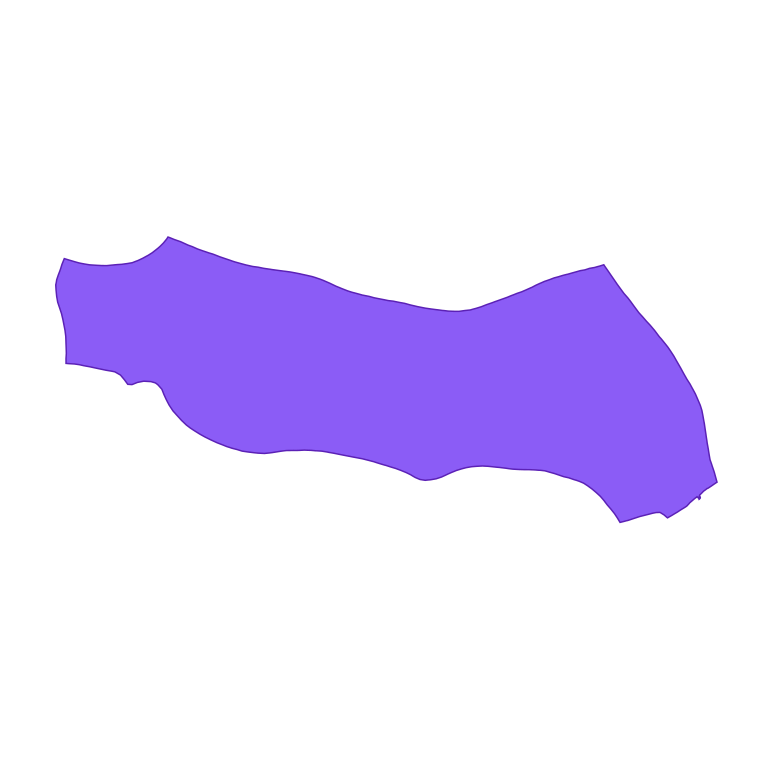 the district of Ghayl Bawazir, Hadramawt, Yemen, rotated 349°
{"feature_id": "15242507B58330676723626", "entity_name": "Ghayl Bawazir", "entity_type": "district", "adm_level": 2, "iso_a3": "YEM", "parent_name": "Yemen", "parent_adm1": "Hadramawt", "projection": "natural_earth1", "projection_center": [49.096, 14.883], "detail": "fine", "context": "isolated", "style": "filled", "palette": "violet", "viewbox_px": 768, "rotation_deg": 349, "n_neighbors": 0, "source": "geoboundaries", "source_scale": "gbopen_adm2", "svg_char_len": 6037}
<svg xmlns="http://www.w3.org/2000/svg" viewBox="0 0 768 768"><g transform="rotate(349 384 384)"><path d="M622.5,308.9L618.2,309.4L616.4,309.5L612.9,309.8L607.6,309.7L606.4,309.9L602.9,310.3L602.2,310.3L598.3,310.2L593.6,310.6L592.2,310.7L588.6,311.0L585.3,311.3L584.1,311.3L580.6,311.5L576.6,311.9L576.0,312.0L571.4,312.3L569.6,312.6L566.8,313.1L562.7,313.7L561.1,313.9L557.2,314.8L556.6,314.9L552.0,316.0L547.4,317.4L546.7,317.5L541.6,318.7L536.6,319.8L532.0,320.4L527.9,321.2L526.6,321.4L525.5,321.6L521.6,322.4L516.4,323.2L515.0,323.4L510.4,324.1L508.9,324.3L505.5,324.9L499.7,325.7L494.4,326.7L488.9,327.3L484.7,327.6L482.9,327.8L477.2,327.3L471.6,327.0L467.0,326.1L461.0,324.7L457.0,323.4L455.2,322.9L452.6,322.0L449.2,320.9L447.4,320.3L443.8,319.1L440.7,318.0L439.2,317.5L434.3,315.5L431.8,314.5L429.6,313.5L424.9,311.4L419.7,308.8L415.3,307.1L413.8,306.5L409.0,304.5L408.7,304.4L404.6,303.1L403.3,302.6L400.2,301.3L397.2,300.1L395.7,299.5L390.6,297.4L386.2,295.2L380.3,292.8L379.5,292.5L379.2,292.3L374.8,290.1L372.3,288.9L370.4,288.0L368.7,287.1L366.0,285.6L363.0,283.7L361.1,282.5L358.7,280.9L355.6,278.9L350.1,274.8L344.0,270.6L341.1,268.8L338.8,267.5L336.9,266.4L334.1,264.9L329.4,262.8L323.8,260.4L322.5,259.8L318.8,258.3L314.5,256.6L313.2,256.1L309.1,254.7L307.2,254.1L304.8,253.3L300.6,251.9L295.9,250.3L294.3,249.7L291.7,248.8L288.0,247.5L282.7,245.3L277.6,243.6L271.2,240.8L265.3,237.9L260.9,235.7L258.2,234.2L256.2,233.0L251.8,230.5L247.1,227.8L241.9,224.5L240.4,223.6L237.3,222.0L233.3,219.7L231.5,218.7L226.6,215.8L222.2,212.7L217.9,210.1L217.5,209.8L211.5,205.5L205.8,202.2L201.7,199.5L200.0,198.5L198.6,200.0L194.4,203.5L190.4,206.2L188.0,207.6L185.7,208.8L181.6,210.9L177.0,212.7L175.3,213.2L171.3,214.5L166.2,215.8L165.7,215.9L163.8,216.2L160.0,216.9L155.2,216.8L150.0,216.5L149.6,216.5L145.0,215.9L139.9,215.4L134.5,214.9L130.6,214.1L129.6,213.9L128.0,213.5L124.0,212.5L117.9,210.9L113.0,209.1L108.5,207.3L107.4,206.8L104.2,205.2L101.7,203.9L99.0,202.5L95.4,200.6L94.1,199.9L92.6,202.2L90.6,205.3L88.8,208.7L88.0,210.1L87.3,211.3L85.1,214.8L82.6,219.2L81.7,221.7L80.7,224.1L80.0,229.3L79.4,235.6L79.3,241.5L80.2,248.2L80.9,253.7L80.9,254.4L81.1,259.5L81.1,260.8L81.1,264.7L81.1,270.5L80.9,273.4L80.7,276.5L80.2,279.8L79.8,282.2L78.9,287.9L78.0,293.4L76.7,298.4L75.8,303.1L77.2,303.5L77.8,303.7L84.0,305.3L88.6,306.9L92.9,308.8L93.5,309.0L94.2,309.3L98.6,311.0L103.0,312.9L108.2,315.1L113.9,317.5L119.0,319.4L120.9,320.2L122.1,320.7L127.0,324.9L130.1,330.5L132.4,335.4L136.5,336.5L142.3,335.4L148.7,335.4L155.7,337.2L159.8,339.3L161.1,340.7L162.0,341.8L164.9,346.7L165.0,347.1L166.0,352.4L167.2,357.4L168.0,360.2L169.1,363.8L171.2,368.9L171.8,370.3L172.1,370.8L174.5,374.8L178.3,381.1L182.2,386.6L183.2,387.7L185.6,390.4L189.5,394.2L193.7,398.1L198.2,401.9L203.2,405.7L208.9,409.8L213.2,412.5L213.7,412.8L217.7,415.4L220.5,416.9L222.6,418.1L227.5,420.4L228.0,420.7L231.9,422.8L237.3,424.7L242.2,426.3L243.1,426.6L247.1,427.8L253.5,429.4L256.1,429.6L258.1,429.8L261.1,430.0L264.0,430.1L269.9,430.3L273.1,430.5L275.6,430.7L280.5,431.6L282.7,432.0L285.1,432.5L288.2,433.0L293.3,433.7L295.3,434.2L299.7,435.2L304.5,436.6L305.5,436.8L310.0,438.0L315.2,439.9L316.8,440.6L321.3,442.3L327.6,444.9L333.5,447.3L336.3,448.4L339.2,449.6L344.8,451.8L348.3,453.2L349.2,453.6L354.9,456.3L357.8,457.7L359.3,458.4L361.0,459.4L364.7,461.4L369.1,463.7L370.4,464.3L374.9,466.8L379.3,469.1L384.2,472.1L388.9,475.2L392.9,478.2L394.5,479.7L396.8,481.7L401.1,484.6L406.1,486.4L408.6,486.6L411.5,486.9L417.1,487.0L422.7,486.3L426.8,485.3L429.5,484.6L431.3,484.2L433.9,483.6L435.6,483.3L438.5,482.7L444.1,482.1L448.7,481.8L454.1,481.9L458.7,482.4L463.9,483.1L465.1,483.3L470.7,484.7L475.9,486.3L479.5,487.4L481.3,487.9L482.8,488.4L487.5,489.9L490.6,491.0L494.0,492.1L499.9,493.6L505.2,494.8L510.2,495.8L515.6,497.1L519.9,498.3L520.9,498.5L525.3,499.9L527.1,500.8L530.0,502.3L530.4,502.5L534.2,504.4L538.6,506.9L541.2,508.4L542.8,509.3L547.6,511.4L548.4,511.9L552.4,514.2L554.2,515.1L557.0,516.7L561.0,519.4L564.0,522.3L564.6,522.9L568.3,526.9L571.5,530.9L574.4,534.8L574.7,535.2L575.2,536.0L577.6,540.2L578.8,542.7L580.1,545.3L582.8,550.0L585.1,554.4L585.5,555.2L585.6,555.4L587.6,560.2L588.2,561.9L589.3,564.9L593.4,564.7L595.7,564.5L597.1,564.5L598.0,564.4L604.1,563.6L609.7,562.9L618.6,562.4L623.2,562.1L626.6,562.1L630.4,562.7L631.2,563.4L634.0,566.0L636.4,569.1L636.8,569.5L638.8,568.8L641.2,568.0L645.0,566.6L647.6,565.7L651.2,564.2L655.8,562.5L657.7,561.7L658.7,561.1L659.0,560.8L660.7,559.6L661.2,559.1L664.9,557.0L666.6,556.0L668.7,554.9L668.9,554.9L669.0,554.9L669.7,554.5L669.8,554.4L669.9,554.5L670.5,555.3L670.7,555.8L671.0,556.2L671.2,556.4L671.3,556.5L671.4,556.4L671.4,556.2L671.1,556.0L670.9,555.8L670.8,555.6L670.9,555.4L671.2,555.3L672.0,554.8L672.3,554.9L672.5,554.9L672.5,555.0L672.5,555.3L672.6,555.5L672.6,555.9L672.5,556.1L672.4,556.2L672.4,556.3L672.2,556.4L671.6,556.9L671.3,557.1L671.3,557.3L671.6,557.2L672.3,556.6L672.6,556.4L672.8,556.0L672.8,555.6L672.7,554.7L672.4,553.7L672.6,553.3L674.8,551.9L676.5,550.7L677.4,550.1L678.3,549.7L679.6,549.1L681.0,548.3L681.2,548.2L681.4,548.3L682.2,548.1L685.2,546.9L689.3,545.1L690.3,544.7L690.6,544.5L691.0,544.3L691.3,544.3L691.5,544.2L692.2,543.9L692.1,543.3L692.1,543.0L692.0,541.9L691.4,534.0L691.2,532.2L690.4,526.4L690.3,525.3L689.6,520.5L689.7,515.3L689.8,512.2L689.9,509.9L690.0,502.8L690.1,501.9L690.3,496.4L690.4,495.0L690.6,490.2L690.7,488.0L690.9,483.9L690.9,481.8L691.0,475.8L691.0,470.6L690.4,465.3L688.9,458.3L688.1,454.7L687.8,453.3L686.1,447.8L685.9,447.3L684.4,442.5L682.2,437.0L680.0,430.4L678.0,424.1L677.8,423.6L677.6,423.0L675.5,416.9L673.8,411.8L671.4,405.9L669.7,402.0L669.2,401.0L666.2,395.3L664.7,392.5L663.3,390.2L659.9,383.2L656.5,377.1L655.0,374.7L653.6,372.5L652.0,369.7L650.8,367.6L647.7,362.5L644.6,356.0L642.4,351.3L642.0,350.4L639.8,346.0L636.8,340.9L635.1,337.3L634.3,335.6L631.9,330.5L631.0,328.4L629.7,325.4L627.6,320.6L625.3,315.3L622.9,309.9L622.7,309.3L622.5,308.9Z" fill="#8b5cf6" stroke="#5b21b6" stroke-width="1.5"/></g></svg>